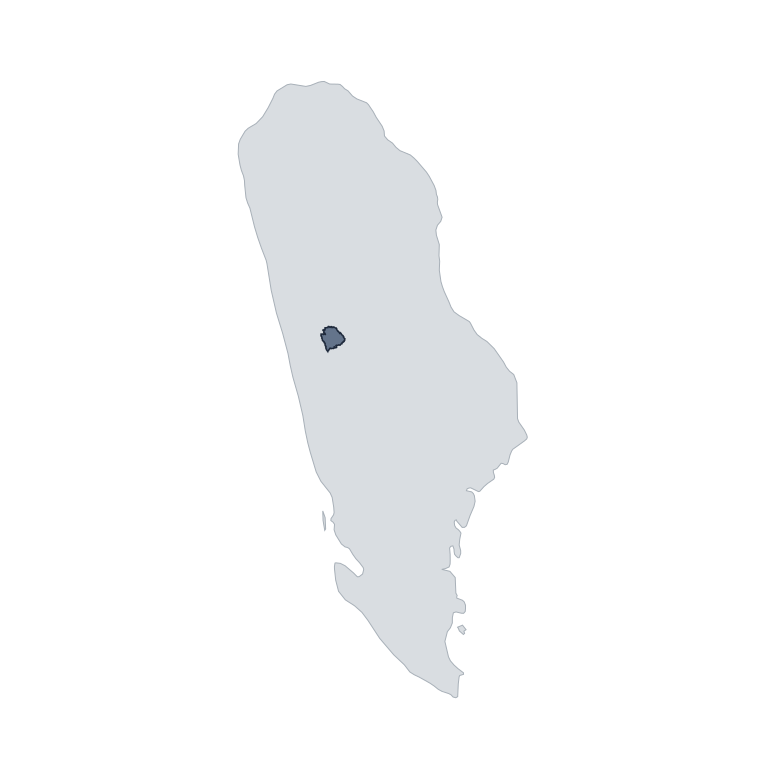 location of Fandriana, Amoron'i Mania, Madagascar, rotated 150°
{"feature_id": "10022922B23434626058692", "entity_name": "Fandriana", "entity_type": "district", "adm_level": 2, "iso_a3": "MDG", "parent_name": "Madagascar", "parent_adm1": "Amoron'i Mania", "projection": "robinson", "projection_center": [47.379, -20.289], "detail": "fine", "context": "in_parent", "style": "filled", "palette": "slate", "viewbox_px": 768, "rotation_deg": 150, "n_neighbors": 0, "source": "geoboundaries", "source_scale": "gbopen_adm2", "svg_char_len": 7469}
<svg xmlns="http://www.w3.org/2000/svg" viewBox="0 0 768 768"><g transform="rotate(150 384 384)"><path d="M489.7,92.5L491.5,97.2L493.7,101.8L500.3,112.9L503.2,117.1L505.6,121.7L506.8,130.7L511.0,144.7L514.9,165.8L516.1,187.4L517.3,197.3L520.4,206.7L525.4,216.4L527.0,227.2L523.9,238.3L519.3,248.7L518.2,250.7L516.0,253.4L515.1,253.2L511.5,250.5L508.6,246.1L504.9,235.7L503.5,230.4L502.0,229.6L497.6,230.1L494.4,233.4L493.8,235.4L494.5,241.3L495.7,246.6L496.2,251.9L496.3,258.7L497.4,260.7L499.2,262.4L500.9,266.8L501.2,277.4L500.1,282.7L497.0,287.2L497.2,289.8L498.3,292.3L497.2,293.9L493.1,295.9L491.5,297.6L489.2,302.3L485.6,311.7L485.1,316.6L487.3,331.3L486.7,341.7L482.0,361.7L479.4,371.2L475.7,382.5L470.0,397.4L464.3,416.2L459.5,435.4L455.9,447.0L451.9,458.4L446.4,478.6L441.7,499.1L434.8,521.6L425.2,546.7L424.2,550.0L422.2,562.9L420.1,574.0L417.5,585.0L412.2,603.3L411.6,608.9L410.4,614.3L405.3,625.7L403.1,630.0L401.6,634.5L400.7,640.2L399.2,645.7L395.4,655.9L389.9,664.6L386.1,667.8L377.9,672.4L373.7,673.4L364.5,673.5L355.5,676.1L346.2,681.2L337.3,687.0L333.9,689.7L330.1,691.3L318.3,691.6L314.7,690.4L302.9,680.8L298.3,679.3L289.6,678.0L286.9,677.1L284.5,675.9L281.0,670.9L274.0,666.7L272.3,665.4L271.2,662.5L270.5,659.4L268.6,655.9L267.3,649.2L265.0,644.5L258.5,636.3L257.8,633.7L257.2,625.0L257.4,619.0L256.7,608.2L257.4,603.1L259.6,598.5L258.7,593.6L256.2,588.4L255.3,583.0L253.5,578.1L246.7,569.2L245.1,564.8L243.9,560.3L241.3,546.3L241.0,541.4L241.3,531.0L242.2,525.7L243.8,522.0L244.2,519.2L245.2,516.9L246.8,514.9L247.9,512.7L250.3,499.4L253.5,496.5L258.3,494.8L262.1,491.4L264.2,486.7L266.4,477.1L272.3,467.5L274.4,462.5L279.2,454.9L283.5,444.2L284.7,439.2L285.6,434.0L286.7,422.7L287.5,417.1L287.3,411.5L284.8,405.8L278.9,395.4L278.7,393.5L279.1,385.7L278.6,380.2L276.4,374.6L273.6,369.3L270.9,359.5L269.5,343.3L269.7,337.5L268.9,332.3L266.9,327.3L268.3,318.6L285.7,287.2L286.3,283.5L285.5,273.9L285.9,268.4L286.5,266.3L287.8,265.1L290.8,264.5L305.0,263.1L306.9,262.2L310.4,259.5L315.3,254.4L317.5,252.9L319.4,253.5L320.7,255.6L322.2,256.8L328.0,254.5L330.2,254.5L332.4,254.8L333.5,252.7L334.1,249.8L334.9,247.8L336.5,246.7L343.9,246.1L348.6,245.2L354.7,243.2L356.0,243.6L360.9,250.8L362.4,251.4L364.3,251.7L366.0,250.4L362.0,246.7L361.4,244.5L361.6,242.1L363.7,236.9L367.3,233.0L375.3,227.0L383.5,220.0L385.9,219.6L388.0,220.7L389.5,228.8L389.3,230.2L390.7,230.4L392.2,229.4L393.6,226.1L393.6,223.3L392.5,220.7L392.0,218.5L391.9,216.4L396.1,211.6L399.4,207.0L400.9,201.4L402.3,198.9L405.7,196.0L406.8,196.5L407.6,198.8L408.0,201.3L407.1,203.7L405.9,206.1L405.3,209.4L407.3,210.0L409.2,209.2L411.9,203.4L415.0,197.9L416.8,195.0L419.1,193.0L422.9,193.4L426.7,194.6L420.6,188.8L419.1,180.8L426.3,167.0L426.4,164.2L427.5,163.3L428.0,162.2L424.2,157.5L423.5,155.2L424.0,151.7L425.8,148.6L427.4,146.4L429.7,145.6L431.6,146.8L435.6,150.6L438.3,151.2L441.6,147.5L444.3,142.9L448.4,139.7L453.0,137.8L460.0,130.6L464.6,115.4L464.9,111.0L463.9,105.7L462.3,100.6L459.6,94.2L460.3,92.8L464.2,93.7L465.4,92.8L469.6,87.2L476.5,76.4L478.7,76.4L480.7,78.4L481.4,81.4L482.7,83.5L487.4,88.7L489.7,92.5ZM441.8,135.0L441.9,136.6L436.6,135.9L435.8,130.2L438.4,130.0L438.9,127.7L440.5,127.4L442.2,132.5L441.8,135.0ZM505.0,296.3L500.5,304.7L501.8,297.7L507.0,287.7L508.5,286.9L505.0,296.3Z" fill="#d9dde1" stroke="#a8b0b8" stroke-width="1"/><path d="M406.6,439.5L406.5,439.8L406.5,440.3L406.4,440.9L406.4,441.3L406.1,441.4L405.8,441.4L405.7,441.3L405.6,441.1L405.4,441.0L405.2,440.8L404.9,440.6L404.5,440.6L404.3,440.5L404.1,440.5L403.9,440.6L403.7,440.6L403.5,440.4L403.2,440.0L403.0,439.9L402.7,439.6L402.4,439.6L402.1,439.8L401.8,439.9L401.8,440.0L401.4,440.1L401.1,440.1L400.4,439.9L400.2,440.5L399.5,440.4L399.3,440.7L399.1,440.9L398.9,440.9L398.4,440.6L398.1,440.6L397.9,440.7L397.9,441.0L397.7,441.2L397.4,440.8L397.2,440.8L396.8,441.2L396.7,441.2L395.9,441.7L396.0,442.1L395.8,442.3L395.6,442.6L395.3,442.8L395.5,443.1L395.6,443.7L395.7,444.1L395.7,444.8L395.7,445.0L395.3,445.0L395.4,445.8L395.3,446.1L395.3,446.3L395.3,446.5L395.6,447.1L395.9,447.5L395.9,447.8L395.9,448.5L395.9,449.0L395.9,449.4L396.1,450.0L396.3,449.8L396.4,449.6L396.5,449.5L397.0,449.7L397.1,449.9L397.1,450.1L397.1,450.3L397.0,450.6L396.9,450.8L397.0,450.9L397.1,451.1L397.0,451.6L397.1,451.8L397.3,452.0L397.5,452.3L397.5,452.6L397.6,452.8L397.5,453.0L397.4,453.0L397.5,453.2L397.7,453.3L397.7,453.6L397.7,453.8L397.7,454.1L397.6,454.7L397.7,455.0L397.3,455.6L397.4,455.8L397.4,456.1L397.4,456.3L397.6,456.3L397.7,456.2L397.8,456.2L397.9,456.5L398.0,456.7L398.1,456.9L398.3,457.2L398.4,457.4L398.6,458.0L398.8,458.1L399.0,458.5L399.3,458.4L399.5,458.3L399.8,458.4L400.0,458.6L399.9,458.6L399.9,458.9L400.0,459.0L400.4,459.0L400.7,458.9L400.7,459.1L400.6,459.3L400.8,459.4L401.0,459.5L400.9,459.7L400.8,459.9L401.0,460.1L401.3,460.0L401.5,460.2L401.8,460.1L402.0,459.9L402.3,459.9L402.6,460.1L402.7,460.5L402.7,460.8L402.7,461.0L402.8,461.2L403.1,461.3L403.4,461.4L403.6,461.4L403.8,461.3L403.8,461.5L404.0,461.4L404.4,461.1L404.5,461.0L404.7,461.3L405.0,461.3L405.8,461.6L406.1,461.7L406.3,461.7L406.6,462.0L406.9,462.2L407.0,462.2L407.1,461.9L407.1,461.7L407.3,461.6L407.4,461.4L407.3,461.2L407.6,461.0L407.7,460.8L407.9,460.8L407.9,460.7L408.0,460.6L408.2,460.4L408.3,460.6L408.5,460.6L408.6,460.8L408.7,460.7L408.9,460.9L409.0,460.9L409.4,461.0L409.5,461.2L409.7,461.3L409.8,461.3L409.9,461.1L410.0,461.1L410.0,460.6L409.9,460.5L409.9,460.4L409.8,460.2L409.7,460.1L409.5,459.9L409.6,459.7L409.8,459.4L410.0,459.2L410.3,458.9L410.3,458.7L410.5,458.4L410.5,458.1L410.4,457.8L410.1,457.9L409.9,457.8L410.0,457.5L410.0,457.3L409.9,457.1L409.8,456.9L409.9,456.6L409.9,456.3L410.0,456.2L410.2,456.3L410.3,456.5L410.5,456.9L410.7,457.2L410.9,457.2L410.9,457.3L411.0,457.4L411.1,457.5L411.3,457.4L411.3,457.6L411.4,457.4L411.6,457.2L411.8,457.3L412.0,457.4L412.0,457.6L412.1,457.8L412.2,458.0L412.3,458.1L412.5,458.3L412.6,458.6L412.6,458.4L412.8,458.4L413.0,458.5L413.3,458.4L413.4,458.5L413.5,458.6L413.6,458.4L413.8,458.3L413.9,458.2L414.0,458.1L413.9,458.0L413.9,457.9L414.2,457.8L414.2,457.4L414.3,457.3L414.4,457.2L414.5,457.0L414.5,456.9L414.4,456.7L414.5,456.6L414.4,456.2L414.4,455.9L414.3,455.7L414.4,455.4L414.7,455.1L414.8,455.0L414.8,454.8L415.0,454.7L414.9,454.3L414.9,453.9L415.3,453.1L415.5,452.6L415.5,452.4L415.4,452.2L415.3,451.9L415.2,451.9L415.1,451.7L415.2,451.4L414.9,451.2L414.8,450.9L414.9,450.7L414.8,450.4L415.0,450.1L415.2,449.8L415.1,449.7L415.0,449.3L414.8,449.3L414.8,449.1L414.7,448.9L414.7,448.7L414.9,448.6L414.9,448.3L415.0,448.3L415.1,448.0L415.2,447.8L415.4,447.6L415.6,447.2L415.5,446.8L415.6,446.6L415.5,446.3L415.6,446.1L415.4,445.9L415.4,445.7L415.5,445.4L415.6,445.2L415.8,445.0L416.0,445.0L416.0,444.9L416.0,444.7L416.2,444.4L416.5,443.9L416.5,443.6L416.6,443.3L416.6,443.2L416.4,442.9L416.5,442.8L416.6,442.7L416.6,442.3L416.7,442.2L416.6,441.7L416.5,441.4L416.6,441.2L416.5,440.7L416.4,440.7L416.4,440.3L416.0,440.7L415.3,440.6L415.1,440.7L414.8,441.1L414.6,441.3L414.2,441.4L413.8,441.5L413.2,442.0L412.7,442.0L412.6,441.6L412.4,441.3L412.2,441.0L411.8,441.1L411.5,441.0L410.7,440.5L410.3,440.1L410.0,440.0L409.9,440.0L409.7,440.1L409.4,440.0L409.2,440.2L408.8,440.3L408.7,440.5L408.7,440.8L408.8,440.9L408.8,441.0L408.7,441.1L408.4,441.1L408.3,440.8L408.4,440.7L408.5,440.5L408.5,440.4L408.4,440.4L408.2,440.2L408.1,439.7L407.7,439.6L407.2,439.5L407.1,439.4L406.9,439.3L406.6,439.5Z" fill="#64748b" stroke="#1e293b" stroke-width="1.5"/></g></svg>